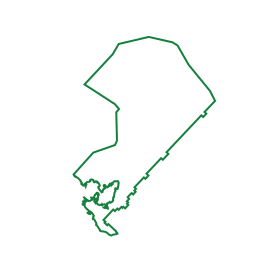 74, Al Khawr, Qatar, rotated 133°
{"feature_id": "91078587B87151067735171", "entity_name": "74", "entity_type": "district", "adm_level": 2, "iso_a3": "QAT", "parent_name": "Qatar", "parent_adm1": "Al Khawr", "projection": "equal_earth", "projection_center": [51.544, 25.65], "detail": "fine", "context": "isolated", "style": "outline", "palette": "green", "viewbox_px": 256, "rotation_deg": 133, "n_neighbors": 0, "source": "geoboundaries", "source_scale": "gbopen_adm2", "svg_char_len": 5689}
<svg xmlns="http://www.w3.org/2000/svg" viewBox="0 0 256 256"><g transform="rotate(133 128 128)"><path d="M125.8,189.5L119.5,153.9L120.2,147.5L124.5,147.3L144.8,127.4L149.3,125.9L169.7,136.6L199.0,136.1L199.0,135.4L199.2,134.8L199.4,134.8L199.3,134.3L199.6,134.0L199.6,133.9L199.3,134.1L199.2,133.5L199.4,133.5L199.3,133.2L199.2,133.1L199.1,132.6L198.7,130.2L198.8,127.0L199.2,126.1L199.5,126.0L199.4,125.2L199.7,124.3L200.0,123.9L200.2,124.2L200.7,124.1L200.7,121.8L200.4,121.2L199.8,121.3L199.5,121.1L198.9,121.2L198.8,121.6L198.3,121.5L197.9,121.4L197.7,121.1L197.8,120.9L198.4,120.6L198.3,120.1L199.4,119.4L199.5,119.4L199.6,119.2L198.0,120.1L198.0,119.8L197.8,119.8L197.5,120.9L197.6,121.1L196.9,121.3L195.4,121.0L195.0,120.3L195.0,119.7L195.0,119.9L193.8,119.8L193.0,119.4L192.5,119.4L192.0,119.9L192.0,120.1L191.5,120.2L191.2,120.1L190.6,119.7L190.5,119.3L190.2,118.9L189.7,118.0L189.7,117.8L190.0,117.6L190.1,117.2L190.5,116.9L190.8,116.2L190.8,115.7L190.3,115.3L188.8,115.1L188.6,113.8L188.7,113.7L188.8,113.4L188.3,113.4L188.4,112.9L188.4,112.1L188.7,110.7L189.2,109.6L190.1,109.2L191.5,109.5L191.9,108.5L192.1,108.4L192.6,106.6L192.6,105.1L192.9,104.1L193.0,103.9L193.0,103.5L192.0,103.6L191.9,103.2L189.9,104.2L189.7,104.0L188.9,104.3L188.6,104.2L188.4,103.8L188.2,103.7L187.8,103.6L186.9,103.9L186.9,104.1L187.0,104.4L187.1,105.6L187.1,105.9L186.7,106.5L185.8,106.6L185.6,106.4L185.5,106.0L185.5,105.3L185.9,104.2L185.7,103.7L185.8,103.4L185.6,103.3L185.6,102.9L184.8,102.9L184.6,102.7L184.2,102.7L184.2,102.4L183.4,102.4L183.1,102.3L182.8,102.4L182.6,102.3L182.6,102.6L182.4,102.5L182.4,102.9L181.5,103.2L181.4,103.2L181.6,102.8L181.4,102.9L181.5,102.8L181.3,102.6L181.9,101.1L181.7,101.5L181.5,101.3L181.5,101.1L181.4,101.1L180.8,102.4L180.6,102.5L179.4,101.7L179.6,101.2L180.5,101.1L179.5,101.0L179.0,102.1L177.6,101.6L176.8,101.8L176.4,101.7L175.7,101.2L174.8,99.9L173.8,99.3L173.8,98.8L174.3,97.6L174.7,97.2L175.3,97.0L175.4,96.7L175.7,96.6L177.4,95.3L178.2,95.2L178.6,94.6L179.0,94.5L179.8,94.1L180.3,94.8L180.8,96.5L181.0,96.7L180.9,96.4L181.1,96.0L182.0,95.3L182.3,94.4L182.6,94.2L183.6,94.0L184.7,93.6L185.7,92.9L186.2,92.4L186.5,92.2L187.3,91.8L187.7,91.3L188.2,91.2L188.5,91.5L188.9,91.4L189.3,91.2L190.0,90.3L190.4,90.2L191.1,89.4L191.4,89.4L191.6,89.6L192.3,89.2L192.6,89.2L192.8,89.4L193.2,89.4L194.6,89.9L194.6,91.0L195.4,90.9L195.5,91.1L197.2,91.7L197.2,91.3L198.4,91.1L198.7,90.8L198.7,91.4L199.6,91.5L199.6,91.4L199.2,91.2L199.2,90.4L199.5,89.5L199.8,89.4L199.9,89.0L200.2,89.0L200.4,88.0L200.7,88.1L200.8,88.0L201.1,89.0L200.8,89.4L200.7,89.5L200.8,90.3L201.0,90.5L201.6,90.4L201.6,89.9L202.1,90.1L202.1,90.4L202.4,90.4L202.7,91.4L202.1,91.3L201.6,90.9L200.5,91.1L199.8,91.7L199.8,91.9L199.8,93.2L201.4,94.1L201.4,94.5L201.7,94.2L202.0,94.1L202.0,94.5L202.4,94.7L202.4,95.2L202.8,95.7L203.7,96.2L203.8,96.7L204.4,97.6L204.4,99.1L204.2,99.3L204.2,99.9L204.4,100.0L204.3,101.9L204.6,101.8L204.9,101.5L204.8,102.2L204.4,102.2L204.5,102.4L204.4,102.8L204.1,102.9L203.2,103.6L202.2,103.9L202.2,103.2L201.3,103.0L201.3,102.6L201.9,102.8L202.0,102.2L201.4,102.0L201.5,101.6L202.2,101.1L202.3,100.8L201.7,100.9L201.6,101.0L201.3,101.1L201.4,101.4L201.0,101.4L200.0,102.3L199.6,102.3L199.0,103.0L198.2,103.4L197.9,103.8L197.3,103.7L197.2,104.2L197.1,104.4L197.1,105.2L196.9,105.3L196.8,105.7L196.4,105.7L196.5,105.2L196.2,104.8L196.1,105.0L196.2,105.7L196.3,106.2L196.5,106.4L197.1,106.4L197.1,106.6L197.9,106.5L199.4,106.3L199.5,106.5L202.3,105.6L202.5,106.0L203.6,105.7L203.8,105.6L204.0,107.6L203.8,107.7L204.0,107.7L204.0,107.9L204.1,107.7L204.3,107.6L204.1,107.6L203.9,105.6L205.1,105.3L205.7,105.8L207.2,106.1L208.1,106.9L208.5,107.8L208.4,108.4L208.7,111.9L208.7,112.8L208.8,112.8L208.8,111.9L208.6,110.1L209.4,109.7L209.1,108.7L209.2,108.4L210.1,108.3L210.3,108.4L210.5,109.2L209.6,109.5L210.5,109.3L210.7,110.2L210.8,110.1L210.7,109.3L211.0,109.2L211.7,109.4L212.1,110.4L212.1,110.2L212.4,110.2L212.5,110.5L212.1,110.7L212.2,110.8L212.6,110.6L212.4,110.0L212.0,110.1L211.8,109.4L212.0,109.1L212.4,109.7L212.1,108.7L212.9,107.9L214.2,107.1L214.8,108.7L214.8,108.9L214.3,109.2L214.2,109.3L214.4,109.4L214.9,108.9L215.1,109.4L214.3,107.1L215.0,105.6L215.2,104.5L215.3,103.3L215.2,100.6L215.4,100.5L215.4,99.6L215.5,99.5L217.0,99.1L217.0,99.3L217.1,99.1L217.4,99.0L217.6,99.4L217.4,99.5L217.5,99.6L217.6,99.4L217.6,98.9L215.1,99.5L214.8,98.1L215.0,98.1L215.0,97.9L216.8,97.6L217.1,97.6L217.0,97.4L216.9,97.3L216.8,97.5L215.0,97.8L214.8,96.8L215.0,96.8L214.9,96.7L214.9,95.8L215.2,94.3L215.5,93.2L215.9,93.1L216.3,92.7L216.9,92.8L217.4,92.4L217.4,92.2L217.8,92.0L217.9,91.5L219.4,92.0L218.0,91.5L218.0,90.6L218.1,89.6L218.5,88.5L218.8,88.7L218.5,88.5L218.6,88.2L218.7,87.9L219.0,88.0L218.7,87.8L218.9,87.2L219.3,86.3L219.7,85.7L220.4,85.2L221.0,86.2L220.4,85.2L220.5,85.1L220.4,84.9L220.4,84.4L221.2,81.3L221.6,79.3L221.7,79.0L222.0,78.7L222.2,78.1L221.6,77.1L221.6,76.8L221.4,76.6L221.1,76.4L219.8,74.4L219.3,73.4L219.1,72.8L218.9,71.7L218.9,68.9L218.0,66.9L216.0,66.1L215.1,65.2L214.2,64.7L213.3,64.0L212.4,64.1L212.3,63.9L212.2,64.0L212.1,64.5L212.1,65.8L211.6,66.5L211.7,66.9L211.6,67.1L211.7,67.7L211.7,76.9L213.3,76.9L213.3,80.5L212.0,80.5L212.0,83.2L197.7,83.2L197.7,80.9L194.2,80.9L194.2,79.0L190.2,79.0L190.2,77.7L188.8,77.7L188.8,75.3L184.1,75.3L184.1,77.1L182.4,77.1L182.4,78.8L179.1,78.8L178.8,81.1L173.1,81.0L173.1,78.9L169.5,78.9L169.5,80.7L167.0,80.7L167.0,82.8L153.3,82.7L153.3,80.6L148.8,80.6L148.8,83.3L127.5,83.2L127.5,80.9L119.4,80.8L119.4,83.3L68.7,83.0L68.7,80.5L64.1,80.5L64.1,83.0L48.8,82.8L45.0,93.1L40.4,126.9L33.8,148.1L35.0,153.9L47.3,175.0L72.9,192.1L84.4,189.5L125.8,189.5Z" fill="none" stroke="#15803d" stroke-width="2"/></g></svg>